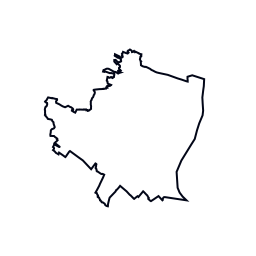 the district of Dragasani, Vâlcea, Romania, rotated 28°
{"feature_id": "2599482B20433096122329", "entity_name": "Dragasani", "entity_type": "district", "adm_level": 2, "iso_a3": "ROU", "parent_name": "Romania", "parent_adm1": "Vâlcea", "projection": "robinson", "projection_center": [24.24, 44.65], "detail": "fine", "context": "isolated", "style": "outline", "palette": "ink", "viewbox_px": 256, "rotation_deg": 28, "n_neighbors": 0, "source": "geoboundaries", "source_scale": "gbopen_adm2", "svg_char_len": 5489}
<svg xmlns="http://www.w3.org/2000/svg" viewBox="0 0 256 256"><g transform="rotate(28 128 128)"><path d="M213.6,164.4L208.4,162.9L203.9,160.8L199.9,157.5L191.5,143.9L190.4,131.7L191.6,112.9L192.1,106.4L190.0,97.6L188.7,90.4L187.9,81.8L186.2,77.4L182.3,71.1L179.3,66.1L176.9,59.9L176.2,58.0L175.3,55.5L172.3,49.1L160.0,51.3L156.5,54.8L157.3,56.4L158.4,58.0L158.9,59.0L157.7,59.3L152.6,60.1L148.6,60.9L138.2,62.4L129.8,64.8L127.5,65.4L125.9,65.6L123.0,65.6L122.7,65.6L121.9,65.7L121.1,65.7L120.5,65.5L119.7,65.4L116.5,65.5L115.0,65.6L114.6,66.0L114.1,66.2L113.3,66.3L112.7,66.5L111.7,66.6L110.0,66.5L108.7,64.3L107.8,63.1L108.0,62.9L107.3,62.6L106.3,61.8L106.1,60.9L105.9,60.7L105.8,59.2L105.9,58.7L105.5,58.8L105.4,57.1L105.2,56.6L103.2,57.1L102.5,57.1L102.3,57.1L102.2,56.9L101.1,57.0L98.8,57.1L98.8,57.5L98.6,57.8L97.1,57.1L96.4,58.2L96.7,58.4L95.9,59.1L95.1,58.2L94.7,58.0L93.6,57.8L92.9,57.8L92.8,58.2L91.7,59.7L91.7,60.2L91.6,60.5L92.0,60.8L93.1,61.2L92.7,62.4L90.8,62.8L87.9,63.1L88.1,64.2L87.8,65.0L87.8,65.3L88.2,65.4L88.5,65.9L88.6,66.8L89.0,67.0L89.6,67.1L89.9,67.8L89.9,68.1L89.7,68.4L89.3,68.7L89.1,68.6L88.7,68.9L87.9,69.3L87.6,69.3L86.9,68.8L81.9,69.0L82.3,69.9L82.3,70.4L82.5,70.5L83.5,70.6L84.1,70.4L85.1,70.7L85.7,70.8L86.9,70.4L87.7,70.5L88.8,70.2L89.5,70.6L89.6,70.9L89.8,71.4L90.0,71.8L90.4,71.9L90.6,72.2L90.6,72.3L90.6,72.5L89.5,73.9L89.1,74.1L88.3,74.5L87.5,74.5L85.1,73.7L84.5,74.2L84.0,74.4L84.5,75.5L84.8,75.6L85.0,75.9L86.1,76.3L86.5,76.4L88.1,77.0L88.3,76.5L88.4,75.8L91.6,76.8L92.3,77.9L91.8,79.0L92.0,79.4L92.1,79.7L92.4,80.0L92.9,80.2L93.8,80.2L94.2,80.7L94.7,80.8L94.6,81.1L92.8,81.7L92.4,82.1L92.9,82.9L93.5,82.9L95.4,82.5L94.2,83.7L94.0,84.1L93.9,84.4L93.8,84.5L93.2,84.6L91.8,84.3L90.8,84.3L90.0,84.7L89.0,84.9L83.2,84.8L81.9,85.3L81.3,85.7L80.6,86.6L80.0,87.5L79.2,88.3L79.5,89.9L80.9,89.5L81.0,89.2L82.0,88.7L86.2,88.1L86.8,87.7L87.1,87.6L87.3,87.4L90.5,86.6L90.8,87.2L91.6,89.5L91.0,89.7L91.0,90.2L91.1,90.8L91.0,91.1L90.9,91.2L90.3,91.2L89.8,90.9L89.1,90.9L88.4,92.1L88.0,92.4L87.4,92.6L87.0,92.6L86.7,92.3L85.9,92.5L86.4,94.1L87.0,96.2L87.1,96.3L88.0,96.5L88.5,97.4L89.0,98.0L90.1,98.2L91.3,98.1L93.0,97.9L93.0,98.0L92.6,98.6L92.4,99.1L91.6,99.8L91.2,100.0L90.4,100.1L90.0,100.3L89.9,100.7L90.1,100.7L90.3,100.9L90.4,101.8L90.7,102.1L90.9,102.2L90.8,102.3L90.1,102.6L89.8,102.7L90.1,103.5L88.0,104.8L88.1,105.0L84.4,107.2L81.7,109.0L79.9,110.3L79.8,110.5L80.0,110.9L81.5,111.6L81.8,111.9L82.2,112.5L82.5,114.2L82.3,115.1L82.5,115.8L82.7,117.2L82.3,118.5L82.4,119.3L82.7,120.2L82.6,120.5L82.5,120.8L82.7,122.3L83.0,122.6L83.2,123.0L83.4,123.3L84.0,124.6L85.2,126.1L85.8,127.4L86.4,128.5L85.9,129.6L85.6,130.2L85.6,130.4L85.2,131.1L84.7,131.6L84.4,131.8L83.8,131.1L82.8,131.9L82.3,131.3L80.4,132.3L80.5,132.5L77.9,133.8L76.3,134.5L76.2,134.8L75.4,135.1L74.1,135.8L74.2,139.2L73.0,139.3L70.3,139.1L70.1,138.6L70.1,137.6L70.9,137.4L70.8,137.2L70.6,137.0L69.9,136.7L68.0,136.4L67.1,136.6L64.7,136.5L62.7,139.2L60.5,139.5L58.8,139.5L56.3,139.3L52.8,139.5L52.0,138.4L52.0,137.5L52.2,136.9L52.2,136.5L52.0,136.1L51.7,135.8L50.4,136.3L47.0,137.1L47.0,137.4L44.9,138.0L43.1,138.5L43.0,140.0L43.0,141.9L42.6,142.7L42.4,143.4L42.4,143.7L43.9,144.0L44.8,143.9L45.5,144.9L45.7,145.6L45.7,146.2L45.9,146.5L45.8,147.1L45.4,147.8L45.5,148.1L45.3,148.4L45.6,149.9L45.9,150.5L46.0,151.0L46.8,151.8L47.3,153.0L48.1,154.2L48.2,154.6L48.5,155.4L49.1,155.3L49.4,155.8L49.4,156.0L52.1,157.0L52.7,157.5L53.0,157.6L55.5,156.8L56.2,156.7L56.7,156.5L56.9,156.5L57.1,156.6L57.9,157.4L58.4,157.6L59.3,157.8L59.5,157.9L59.8,158.4L60.2,159.0L60.5,159.4L62.6,161.3L62.9,161.7L62.8,163.0L62.5,163.5L61.3,164.8L61.2,165.2L61.0,166.3L61.9,168.3L62.1,169.1L62.5,170.3L62.8,170.8L63.3,171.4L66.4,169.8L67.7,170.2L69.6,170.4L70.4,170.6L70.3,171.2L71.4,171.6L71.6,171.8L71.3,172.6L71.2,173.3L70.7,174.3L70.3,175.6L72.3,175.9L76.2,176.6L76.4,176.7L76.4,176.9L76.3,177.0L76.1,177.1L70.4,177.0L70.7,177.9L70.7,180.0L71.4,180.1L71.9,180.3L72.1,180.5L72.4,181.0L72.4,181.7L72.2,182.7L73.4,182.9L74.1,183.0L76.1,183.8L77.7,183.8L79.0,183.9L78.7,182.1L83.7,182.7L86.3,183.1L86.5,182.5L87.2,176.4L87.6,175.6L97.9,177.1L103.3,177.8L114.8,181.7L115.9,174.6L116.6,174.6L117.1,174.8L117.1,175.1L117.3,175.9L117.6,176.3L117.8,176.8L118.1,177.7L118.1,178.5L118.4,178.7L119.4,179.1L119.5,179.4L119.7,179.6L120.2,180.0L120.3,180.4L120.4,180.6L121.3,180.9L121.7,180.7L122.6,180.8L125.2,181.1L126.1,181.1L126.5,180.8L127.0,180.5L127.7,180.4L128.9,180.4L129.2,183.3L129.5,190.6L129.7,192.4L129.7,197.5L129.6,200.4L130.3,200.4L130.9,200.1L132.0,201.1L132.7,201.4L133.1,201.6L133.1,202.2L133.2,202.3L133.8,202.4L134.0,202.6L133.9,202.8L133.8,203.1L134.1,203.2L134.4,203.1L134.8,203.1L135.3,203.2L135.9,203.8L137.1,204.5L137.3,205.0L137.9,204.9L138.3,205.2L139.0,205.3L139.4,205.8L139.6,205.9L140.0,205.9L140.7,205.5L142.9,205.8L143.3,206.0L143.9,206.6L145.2,206.9L145.7,206.9L147.0,206.6L146.9,206.2L146.3,205.2L145.6,202.8L144.6,198.8L144.5,198.0L146.8,189.9L146.8,189.7L146.7,189.2L146.7,188.8L146.8,188.8L146.9,188.5L147.7,185.6L148.1,183.4L148.2,182.8L156.5,184.6L161.0,186.2L161.7,186.2L165.5,187.4L166.3,187.7L166.7,187.7L168.1,184.4L168.5,183.7L169.6,184.0L171.1,176.8L172.0,177.0L175.8,178.3L176.5,178.4L177.5,179.0L177.7,179.3L179.2,180.0L179.0,180.7L179.2,181.1L181.9,181.8L182.6,181.8L184.1,179.1L186.9,173.8L192.3,175.7L192.5,175.1L192.1,174.6L192.0,174.3L191.9,173.9L191.9,173.3L192.0,172.7L192.3,172.1L193.0,171.7L204.6,167.6L213.6,164.4Z" fill="none" stroke="#020617" stroke-width="2"/></g></svg>